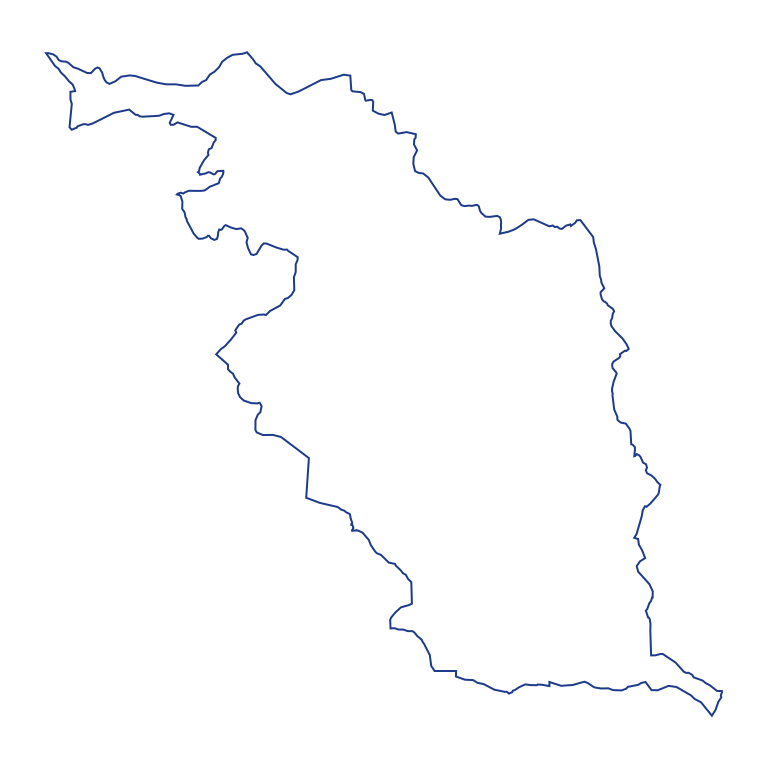 Bradulet, Arges, Romania (Robinson projection)
{"feature_id": "2599482B45671858727563", "entity_name": "Bradulet", "entity_type": "district", "adm_level": 2, "iso_a3": "ROU", "parent_name": "Romania", "parent_adm1": "Arges", "projection": "robinson", "projection_center": [24.745, 45.293], "detail": "fine", "context": "isolated", "style": "outline", "palette": "blue", "viewbox_px": 768, "rotation_deg": 0, "n_neighbors": 0, "source": "geoboundaries", "source_scale": "gbopen_adm2", "svg_char_len": 6027}
<svg xmlns="http://www.w3.org/2000/svg" viewBox="0 0 768 768"><path d="M593.2,237.1L580.4,220.1L576.9,220.3L575.2,222.8L570.9,226.0L570.3,224.4L566.1,225.6L562.0,228.9L559.7,228.6L557.1,226.7L555.0,227.1L552.7,225.5L549.3,226.3L533.7,219.3L528.3,219.9L522.4,224.4L515.4,229.0L508.6,231.7L499.8,233.7L501.1,228.5L500.9,224.5L501.2,222.6L500.7,219.1L499.7,217.1L497.1,215.9L489.7,216.9L485.4,216.6L481.1,212.7L480.0,210.7L478.8,206.3L477.5,205.1L476.1,204.9L472.0,205.9L468.7,205.6L464.5,206.1L461.3,205.2L457.5,199.2L454.9,198.8L450.3,199.8L445.8,199.4L444.5,198.8L440.3,195.6L428.2,177.4L423.2,173.5L418.6,172.9L415.1,171.1L413.3,164.0L413.7,157.2L417.1,150.4L414.0,144.5L414.3,139.3L415.6,137.9L415.8,134.2L406.5,132.1L398.2,133.6L395.7,131.6L394.7,124.3L391.7,112.5L384.5,115.0L378.3,113.6L372.8,110.6L373.2,101.9L372.4,100.2L370.3,99.9L365.8,100.7L365.2,99.8L364.0,93.9L360.5,92.1L352.4,91.3L351.3,90.0L350.3,75.6L343.8,74.7L330.8,78.8L321.0,80.1L298.2,91.7L290.3,94.3L286.5,92.9L275.5,84.0L260.3,66.4L255.8,63.4L252.9,59.1L247.0,52.3L242.5,53.8L232.7,54.8L227.3,57.7L222.2,61.7L218.9,67.4L214.5,71.7L209.9,74.5L206.2,80.0L202.0,82.0L198.3,85.5L185.2,85.8L175.7,84.3L166.1,84.3L156.6,82.6L135.2,76.0L129.8,75.4L121.2,76.7L115.5,81.2L109.5,83.9L106.7,82.5L104.8,80.2L103.4,77.1L102.1,72.4L99.4,68.2L97.7,67.5L95.2,68.6L90.9,73.1L87.2,73.0L77.9,68.7L73.5,67.3L68.2,62.7L65.6,61.6L62.0,61.4L58.8,60.2L56.6,56.7L53.3,54.4L48.7,53.2L46.1,53.2L55.1,66.1L58.5,68.7L61.0,72.6L65.1,76.5L68.9,81.2L72.7,84.6L74.7,89.4L75.1,91.1L70.4,91.8L70.5,99.6L71.8,103.9L69.5,127.2L71.7,129.7L76.9,127.6L77.5,126.3L83.3,124.2L85.6,124.2L88.1,124.9L92.6,123.5L113.9,112.8L129.2,109.6L135.6,114.8L137.7,114.9L139.6,116.3L142.7,116.7L158.9,115.8L164.0,114.0L169.2,113.3L173.5,114.9L169.7,122.9L170.8,124.8L173.7,124.7L177.5,122.4L191.2,126.8L197.2,126.8L215.7,137.9L215.6,140.3L213.8,142.3L211.6,148.0L208.8,149.3L207.9,152.7L208.5,154.9L204.1,160.1L199.6,168.0L199.1,171.1L198.0,172.2L199.8,173.7L200.0,174.7L205.7,173.4L208.3,172.2L210.0,172.4L213.5,174.4L214.8,174.2L217.4,171.2L223.3,170.8L223.4,172.6L222.7,174.8L221.8,176.8L220.2,178.5L218.7,183.2L209.7,186.8L204.8,190.4L201.0,190.9L188.8,190.8L185.0,192.3L183.2,193.6L180.9,192.7L177.6,193.7L176.9,194.5L179.3,195.1L180.7,196.1L182.4,201.6L182.2,209.0L184.1,211.5L184.8,213.2L185.5,217.2L186.6,219.0L186.9,220.9L193.6,233.5L197.0,237.5L198.6,238.8L202.7,238.6L206.8,237.0L207.9,235.8L209.1,235.8L210.8,238.2L214.3,239.9L216.9,239.0L217.8,236.2L218.2,232.4L219.2,229.5L220.7,229.9L221.8,229.5L224.3,226.0L225.7,225.1L230.9,227.5L236.3,229.1L241.0,228.3L243.4,229.8L244.9,231.5L247.7,237.9L246.5,242.3L247.9,247.7L250.9,254.3L253.4,255.0L256.5,254.0L261.7,245.4L263.9,243.4L266.6,243.6L275.8,247.3L283.5,249.7L287.1,249.6L288.2,250.9L297.7,257.2L297.5,260.2L295.7,264.3L295.7,272.2L293.9,277.2L294.3,290.2L291.4,295.1L287.9,298.0L285.0,298.9L280.2,305.5L270.0,311.0L266.0,315.0L263.9,314.5L257.9,314.9L245.9,319.3L243.6,320.7L241.5,323.8L239.4,324.4L237.7,326.7L235.3,330.3L236.3,332.6L230.8,339.7L224.8,346.3L220.9,349.1L216.2,354.3L228.0,364.7L228.0,369.2L229.9,371.4L233.1,373.8L234.7,377.5L239.4,383.6L237.9,386.3L237.7,389.4L238.2,393.4L240.1,397.2L243.9,400.6L251.2,403.1L257.3,403.4L259.7,402.8L261.6,406.2L260.4,412.1L257.8,414.7L255.5,420.1L255.4,429.8L256.7,432.4L262.8,435.0L272.8,434.9L281.0,437.0L308.9,458.1L306.2,497.8L319.9,502.9L337.7,507.0L341.3,509.7L344.0,510.5L346.7,512.6L349.4,513.8L350.0,514.6L350.7,518.4L352.2,522.9L352.0,523.6L351.4,523.9L351.4,524.9L352.3,524.9L353.3,527.2L352.9,528.2L353.2,528.8L351.9,530.4L352.1,530.8L355.7,530.5L356.3,530.1L356.8,530.6L358.0,530.5L362.6,532.7L368.8,539.9L370.8,545.1L375.3,551.7L376.8,553.2L381.0,554.9L388.8,562.6L394.9,563.9L396.1,565.9L400.8,570.4L402.9,573.2L405.8,574.8L408.1,579.0L411.3,582.1L411.9,603.7L408.9,605.1L401.0,607.3L395.3,612.5L391.1,617.6L390.2,619.9L390.5,628.4L394.7,628.2L398.4,629.5L403.4,629.6L407.7,631.1L412.4,631.1L414.4,632.5L417.3,636.1L421.8,639.8L422.5,641.7L424.2,644.1L429.8,655.1L431.2,665.9L434.6,671.0L456.1,671.0L455.9,676.5L465.0,679.7L473.2,680.1L477.6,682.9L483.5,684.0L494.4,689.7L504.6,691.8L506.9,691.8L509.0,693.6L512.1,692.2L512.9,690.7L515.0,690.0L519.3,687.1L525.3,684.4L531.0,685.1L536.9,685.2L537.7,684.5L542.4,684.8L549.4,686.1L549.4,682.0L561.2,685.8L572.6,685.0L584.4,681.7L587.8,683.0L593.8,687.1L595.5,687.6L601.2,688.5L608.3,688.3L613.0,690.1L621.6,690.4L626.3,688.7L627.7,686.9L638.3,684.8L641.1,683.0L645.5,682.0L651.5,690.1L657.6,690.3L668.5,685.9L676.5,687.0L690.9,695.3L694.7,699.0L701.0,702.3L711.9,715.7L715.7,709.6L718.2,702.1L721.3,697.3L720.8,695.2L721.9,692.6L721.9,691.1L717.0,690.9L710.0,685.4L705.7,683.1L702.7,680.6L693.6,677.3L692.2,674.8L688.5,672.8L686.3,672.9L684.0,671.9L675.6,662.6L663.0,654.1L660.4,654.0L655.5,655.3L651.1,655.4L650.3,630.4L650.5,623.9L649.7,619.1L649.0,617.7L648.1,617.5L645.9,610.7L647.3,608.9L649.2,603.5L651.1,600.8L652.1,597.4L652.6,597.4L652.8,591.5L649.5,584.3L638.2,571.7L636.7,566.1L640.0,561.3L645.1,558.1L642.1,550.2L638.9,544.7L638.1,539.0L634.2,537.8L636.5,534.2L641.7,516.4L642.8,510.1L645.0,506.2L646.5,506.8L650.4,503.5L657.9,494.8L658.7,493.2L659.7,486.7L660.4,485.0L657.4,482.2L655.4,479.2L651.5,475.5L647.0,473.2L645.9,470.3L647.0,467.5L646.0,464.2L643.0,462.6L640.6,457.0L639.1,455.3L636.7,454.1L635.2,455.9L634.3,456.2L634.9,450.3L634.9,447.2L632.9,444.9L631.2,444.2L630.5,430.9L629.5,428.7L625.8,423.6L620.8,422.6L617.9,420.4L617.3,419.3L617.4,416.9L614.2,409.5L612.5,395.6L612.7,393.9L612.0,390.8L612.1,388.5L613.6,381.8L616.6,373.8L616.3,372.5L612.5,368.0L612.1,364.3L613.5,361.6L619.5,357.6L620.3,355.9L620.0,354.2L624.9,350.7L626.3,351.0L628.7,348.9L626.6,344.3L622.5,338.5L615.4,331.5L611.5,326.2L610.7,323.6L610.8,320.6L612.2,318.0L612.7,314.1L614.1,311.3L612.9,308.9L607.7,305.2L607.1,303.6L605.3,302.0L603.8,301.4L602.0,299.3L600.6,294.4L600.6,292.2L604.3,288.3L601.4,282.5L601.1,279.7L599.8,275.9L599.3,266.3L596.0,249.4L593.8,242.3L593.2,237.1Z" fill="none" stroke="#1e3a8a" stroke-width="2"/></svg>